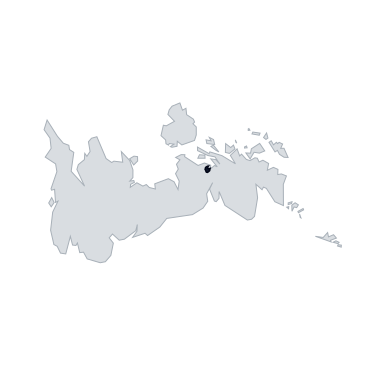 Renfrewshire on a map of United Kingdom (Albers equal-area conic projection), rotated 100°
{"feature_id": "GBR-2008", "entity_name": "Renfrewshire", "entity_type": "Unitary District", "adm_level": 1, "iso_a3": "GBR", "parent_name": "United Kingdom", "parent_adm1": "", "projection": "albers", "projection_center": [-4.557, 55.846], "detail": "fine", "context": "in_parent", "style": "filled", "palette": "ink", "viewbox_px": 384, "rotation_deg": 100, "n_neighbors": 0, "source": "natural_earth", "source_scale": "10m", "svg_char_len": 4242}
<svg xmlns="http://www.w3.org/2000/svg" viewBox="0 0 384 384"><g transform="rotate(100 192 192)"><path d="M204.9,298.8L189.7,309.3L184.8,308.7L178.8,303.6L172.6,304.3L175.1,301.7L169.8,299.4L160.5,302.7L156.5,300.3L154.1,295.3L174.0,282.4L176.9,276.2L175.2,274.3L174.7,265.4L164.5,268.6L171.8,258.8L180.5,254.0L188.1,252.7L192.1,255.2L190.8,251.3L192.5,250.4L195.1,253.8L198.1,253.6L192.5,247.9L194.7,241.4L192.6,238.3L195.0,234.8L195.4,228.6L190.4,230.1L183.0,217.6L185.0,211.5L192.0,206.2L183.5,206.5L176.8,211.4L171.8,209.5L167.4,212.1L162.4,209.5L160.8,214.1L157.1,209.2L156.5,205.5L158.5,205.4L164.8,190.6L161.3,184.8L162.4,178.2L166.3,177.9L162.1,174.6L162.8,171.5L156.1,179.3L156.0,174.2L159.7,169.4L153.4,175.5L153.3,182.7L150.3,193.7L146.8,194.4L151.3,181.8L149.4,181.4L151.0,168.8L156.7,154.1L149.3,160.6L141.7,155.1L148.2,151.3L146.1,149.8L150.5,144.1L151.0,140.3L147.4,136.0L147.4,133.5L150.8,131.2L148.4,127.7L150.6,121.5L157.5,121.6L153.6,116.1L154.8,111.3L159.9,110.6L158.7,107.1L159.8,101.8L168.6,103.4L189.5,99.6L187.2,108.7L175.5,119.4L174.8,122.5L177.6,123.4L173.3,130.4L186.3,126.4L205.2,126.2L208.5,128.6L210.0,132.6L199.5,157.2L186.8,165.4L193.5,164.3L197.3,166.5L197.0,168.4L186.1,175.2L179.2,173.3L191.2,177.3L198.4,174.9L205.9,178.3L214.2,187.6L222.4,212.3L232.1,217.6L242.6,228.2L240.8,231.1L247.0,242.6L240.2,239.4L233.5,240.2L239.9,240.7L250.2,250.4L252.1,255.3L247.2,263.0L251.5,265.6L256.0,260.6L268.5,260.9L275.7,265.2L277.6,270.1L276.1,283.6L270.1,288.4L271.2,292.0L262.1,296.0L264.8,297.0L265.0,300.4L256.8,304.1L274.9,305.6L275.0,310.9L268.9,315.3L267.7,318.9L254.2,324.6L236.0,325.7L224.3,322.4L225.9,324.6L213.2,327.8L214.6,330.6L213.3,331.4L195.4,328.6L188.0,331.2L183.1,342.6L173.5,338.3L163.6,341.2L156.3,348.5L146.3,347.2L160.5,334.2L166.3,327.2L167.4,321.4L171.5,320.0L173.5,315.3L192.6,314.6L204.9,298.8ZM141.9,232.3L131.2,231.8L131.3,228.8L125.4,221.5L119.8,229.2L115.0,228.7L110.9,226.5L106.4,219.4L113.1,215.6L110.6,212.5L116.8,210.7L120.0,203.3L122.7,201.6L124.6,202.9L127.2,199.1L135.1,197.7L140.8,198.5L147.4,210.2L144.6,215.3L149.6,214.7L151.4,219.5L151.1,221.2L148.0,218.0L148.2,222.8L149.9,223.2L149.0,226.0L145.3,227.0L141.9,232.3ZM141.8,107.4L139.7,112.4L136.2,115.1L138.1,117.2L129.7,124.8L127.8,122.9L131.4,119.9L128.4,117.5L129.5,116.1L128.0,114.8L129.0,111.1L133.6,112.2L133.0,109.0L141.3,103.4L141.8,107.4ZM142.0,132.3L142.1,137.8L149.3,140.5L144.2,145.7L143.6,141.1L139.1,141.0L132.4,133.8L138.9,127.5L142.0,132.3ZM212.3,41.8L215.5,47.2L217.0,46.3L214.2,62.8L214.0,54.9L208.4,51.4L212.5,49.8L209.5,45.2L212.3,41.8ZM147.2,166.0L138.5,167.3L141.5,161.6L138.6,159.3L142.1,157.2L147.5,161.8L147.2,166.0ZM170.9,250.9L175.5,254.1L170.0,259.1L166.8,255.4L166.6,251.8L170.9,250.9ZM141.3,177.9L141.7,185.8L138.2,187.2L138.3,182.1L135.2,184.5L136.6,179.9L141.3,177.9ZM189.2,86.2L189.0,88.9L193.6,90.2L187.6,91.4L184.7,88.6L186.2,85.0L189.2,86.2ZM157.7,192.1L154.0,191.1L153.5,185.7L156.5,185.0L157.7,192.1ZM231.0,328.1L227.7,331.2L221.9,329.2L226.3,325.9L231.0,328.1ZM143.8,181.3L142.2,179.0L147.9,172.5L146.7,175.8L143.8,181.3ZM125.7,126.6L127.4,128.3L125.9,131.0L120.9,128.8L125.7,126.6ZM124.4,143.0L122.4,142.5L122.2,135.2L124.4,135.6L124.4,143.0ZM217.0,44.3L215.1,41.8L216.0,38.4L217.5,39.3L217.0,44.3ZM193.9,83.6L192.7,84.3L189.0,79.7L190.2,79.0L193.9,83.6ZM187.7,95.1L186.0,95.4L184.2,91.8L186.0,91.9L187.7,95.1ZM220.4,35.5L219.9,39.3L218.5,38.9L218.4,35.7L220.4,35.5ZM198.3,81.0L194.9,82.3L198.6,80.2L198.3,81.0ZM139.6,147.9L138.5,148.1L137.2,146.3L138.9,145.4L139.6,147.9ZM191.7,94.0L190.5,96.1L189.6,94.2L191.7,94.0ZM135.3,157.5L133.1,158.4L136.1,156.4L135.3,157.5ZM121.6,147.3L120.2,147.6L119.6,147.0L121.1,145.7L121.6,147.3Z" fill="#d9dde1" stroke="#a8b0b8" stroke-width="1"/><path d="M165.6,178.2L167.6,178.5L167.9,178.3L168.0,178.4L168.3,178.6L168.7,178.9L169.4,179.5L170.0,180.1L170.0,180.4L170.0,181.0L170.0,181.3L169.6,181.6L168.6,182.3L167.9,182.6L167.4,182.9L167.4,183.0L167.0,183.0L166.4,183.0L165.5,182.9L164.9,182.4L164.2,181.6L163.8,181.0L163.6,180.3L164.0,180.5L164.3,180.6L164.8,180.6L165.2,180.7L165.6,180.7L165.9,180.7L166.2,180.5L166.3,180.1L166.2,179.6L166.0,179.1L165.8,178.6L165.6,178.2L165.6,178.2Z" fill="#0f172a" stroke="#020617" stroke-width="1.5"/></g></svg>